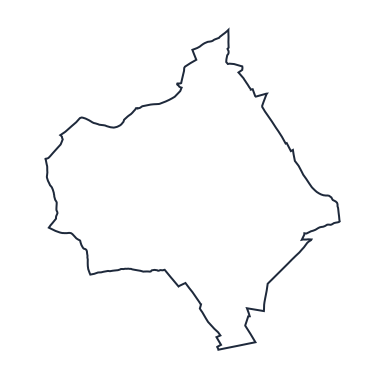 outline of Calafindesti, Suceava, Romania, rotated 266°
{"feature_id": "2599482B65391270608519", "entity_name": "Calafindesti", "entity_type": "district", "adm_level": 2, "iso_a3": "ROU", "parent_name": "Romania", "parent_adm1": "Suceava", "projection": "albers", "projection_center": [26.102, 47.86], "detail": "fine", "context": "isolated", "style": "outline", "palette": "slate", "viewbox_px": 384, "rotation_deg": 266, "n_neighbors": 0, "source": "geoboundaries", "source_scale": "gbopen_adm2", "svg_char_len": 4958}
<svg xmlns="http://www.w3.org/2000/svg" viewBox="0 0 384 384"><g transform="rotate(266 192 192)"><path d="M351.2,239.6L350.1,238.3L348.4,236.0L347.8,235.1L347.2,234.1L345.9,232.2L344.8,230.5L344.0,229.9L343.8,229.4L342.6,225.4L342.1,224.2L341.4,223.2L341.0,221.9L340.8,220.2L340.7,218.2L339.6,215.0L338.8,213.4L337.7,211.6L336.5,209.9L335.3,207.3L334.5,204.7L333.8,202.3L330.5,203.3L323.6,205.5L320.7,199.5L317.5,193.7L316.3,192.9L313.4,192.5L308.3,190.9L303.8,189.5L301.4,188.8L301.2,188.4L301.1,186.6L301.3,185.4L301.2,184.9L300.5,184.7L299.8,185.1L299.2,185.9L298.7,186.2L297.8,186.8L297.2,187.8L296.8,188.9L293.5,187.3L288.2,181.4L286.8,178.6L285.5,175.7L284.1,172.0L283.4,169.7L282.2,165.8L282.1,164.8L282.2,159.7L282.1,156.9L281.0,148.4L280.5,147.5L280.1,146.9L279.6,146.0L279.5,145.7L279.2,144.1L279.1,143.6L279.5,143.5L279.5,142.5L279.4,141.8L278.5,141.4L276.9,139.7L275.2,138.0L273.8,136.3L273.2,135.2L271.9,133.2L268.8,129.3L268.2,129.1L266.8,128.5L264.4,126.2L263.5,124.9L262.6,122.8L262.2,121.7L261.8,119.4L261.7,118.4L262.3,115.2L263.6,111.6L264.4,110.0L264.8,108.4L265.1,106.7L265.6,104.2L266.2,103.0L267.1,100.7L267.7,98.8L268.5,97.4L269.4,96.2L270.8,94.2L272.7,90.9L273.8,88.1L274.0,86.9L273.5,85.3L269.7,81.4L266.2,76.7L260.9,69.8L257.9,64.6L257.1,65.5L256.2,66.1L255.1,66.2L253.5,66.7L252.7,66.3L251.2,65.6L248.6,64.3L246.5,62.1L240.7,56.1L237.5,52.9L236.0,51.2L235.6,50.2L235.4,48.9L235.4,48.4L235.2,48.1L234.2,48.4L229.5,49.0L227.9,49.3L226.9,49.3L223.3,49.1L221.6,49.1L218.4,48.5L217.5,48.3L216.5,48.3L213.2,49.1L210.8,50.1L209.7,50.5L208.6,50.9L207.2,52.0L206.4,52.5L204.1,53.3L203.3,53.5L202.4,53.7L200.6,54.1L199.5,54.1L198.6,54.3L197.0,54.3L195.1,54.7L193.7,55.0L191.9,56.0L191.0,56.3L189.7,56.2L185.9,55.7L185.0,55.6L183.5,55.5L182.5,55.8L181.5,56.2L180.6,56.3L180.2,56.3L179.0,55.7L177.3,54.8L175.9,54.5L175.3,54.5L174.9,54.5L170.8,50.7L168.7,48.6L166.4,46.7L162.7,53.1L160.9,57.2L160.4,58.7L160.1,59.9L159.8,62.6L159.7,64.8L159.8,66.5L159.6,67.6L159.3,68.6L158.3,69.8L156.1,71.6L153.8,73.4L152.4,75.3L151.6,76.7L151.0,77.1L149.5,77.3L146.8,78.0L144.0,79.3L143.1,80.0L142.4,81.7L141.7,82.5L140.3,83.0L137.5,83.1L135.8,83.3L133.9,83.1L132.0,83.3L128.2,83.0L125.4,82.9L122.3,83.1L118.4,84.2L116.7,84.8L117.2,88.8L118.3,92.8L118.2,94.4L118.2,95.9L118.6,98.1L118.8,100.0L119.1,102.7L118.7,104.7L118.8,105.4L119.0,107.5L119.1,109.7L119.2,112.7L119.7,114.8L120.1,115.6L120.1,116.4L119.9,118.4L120.1,119.9L120.0,120.9L119.9,121.9L120.0,122.9L119.7,124.2L119.6,125.7L119.0,127.0L118.5,128.9L117.8,131.7L117.0,135.0L116.0,137.8L115.9,141.3L115.7,143.3L115.5,144.3L115.6,145.3L116.6,146.3L116.8,147.8L116.9,149.3L116.6,150.6L116.4,151.7L116.1,152.2L115.8,152.7L115.9,153.7L116.1,154.3L116.3,154.9L116.1,156.2L115.9,157.5L116.2,158.5L116.3,159.3L108.7,164.7L98.7,172.0L99.0,172.4L99.7,174.0L101.7,179.1L96.1,182.7L92.2,185.4L88.0,187.9L81.2,191.9L79.8,192.6L79.4,193.2L77.9,192.7L75.2,191.7L73.1,192.8L71.5,193.8L64.8,197.1L61.2,199.0L53.9,204.8L50.2,208.3L46.9,210.3L45.5,206.3L42.7,207.7L37.5,210.3L35.8,206.4L35.7,206.3L34.2,207.0L33.8,207.2L33.3,207.2L32.8,207.3L33.5,212.3L35.4,227.3L36.8,237.8L37.7,244.8L46.4,240.4L54.9,235.8L55.2,235.8L59.3,237.5L64.0,239.4L64.0,240.9L67.8,240.0L72.2,238.7L70.4,246.2L68.2,255.4L69.5,255.6L74.5,256.1L77.0,256.6L80.5,257.5L88.3,259.6L95.2,261.1L106.4,274.1L110.3,278.6L114.1,283.0L117.4,286.7L121.2,291.2L124.2,294.9L127.1,297.8L129.0,299.8L133.1,303.3L134.3,304.8L135.7,307.4L136.3,307.8L136.7,304.7L136.6,302.5L136.7,301.1L136.9,299.7L136.7,298.2L139.1,299.6L141.5,301.0L143.0,301.2L142.8,302.0L142.6,303.3L143.7,306.0L144.5,307.9L145.0,310.3L145.7,312.5L147.1,315.2L147.8,316.8L148.1,318.5L148.2,320.3L148.7,322.1L149.5,323.7L150.0,324.7L149.9,326.3L149.6,328.1L150.0,329.4L151.1,331.5L151.4,333.4L151.6,335.5L151.9,336.6L152.4,337.3L153.6,337.1L157.6,337.0L161.2,336.8L164.1,336.7L166.0,336.6L167.5,336.2L169.7,336.3L171.2,335.9L172.5,334.7L173.2,333.6L174.2,331.9L175.5,331.2L176.8,330.7L177.8,329.5L178.4,328.8L178.7,328.4L179.0,327.2L179.1,326.5L179.1,325.4L179.4,324.0L179.5,323.4L179.6,322.9L180.5,320.7L181.7,318.7L182.5,317.6L183.3,316.5L184.9,314.9L187.5,312.6L188.5,311.8L192.4,309.5L197.2,306.8L201.4,304.2L205.2,302.6L209.5,300.7L210.8,300.1L215.8,296.8L222.2,296.0L226.9,295.6L225.9,293.5L234.2,289.9L233.8,288.8L240.7,285.6L246.4,282.5L250.1,280.3L256.8,276.6L263.9,272.4L267.2,270.4L270.6,268.7L271.6,268.1L272.5,268.0L273.0,268.0L273.7,268.3L276.5,269.5L284.3,273.1L284.9,273.6L284.9,273.0L282.7,262.3L283.3,261.7L290.3,259.7L290.2,259.0L290.0,257.8L290.4,257.8L292.6,256.4L293.8,255.8L295.5,254.9L297.0,254.0L298.8,253.0L300.5,252.0L301.9,251.3L308.0,246.7L309.5,249.3L310.3,250.6L312.2,251.0L313.8,250.9L314.5,248.9L316.7,242.9L317.4,238.5L317.2,236.7L319.3,235.2L322.0,235.6L326.0,236.7L326.9,237.6L328.2,238.2L330.0,238.3L332.3,237.4L333.4,238.6L339.2,238.8L340.2,238.9L343.4,239.2L345.1,239.3L350.4,239.5L351.2,239.6Z" fill="none" stroke="#1e293b" stroke-width="2"/></g></svg>